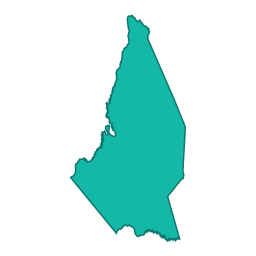 the district of Carurú, Vaupés, Colombia
{"feature_id": "7082276B59007066817761", "entity_name": "Carurú", "entity_type": "district", "adm_level": 2, "iso_a3": "COL", "parent_name": "Colombia", "parent_adm1": "Vaupés", "projection": "equal_earth", "projection_center": [-71.474, 1.148], "detail": "fine", "context": "isolated", "style": "filled", "palette": "teal", "viewbox_px": 256, "rotation_deg": 0, "n_neighbors": 0, "source": "geoboundaries", "source_scale": "gbopen_adm2", "svg_char_len": 5901}
<svg xmlns="http://www.w3.org/2000/svg" viewBox="0 0 256 256"><path d="M179.6,238.9L167.6,196.5L181.7,178.9L183.0,178.6L183.3,178.1L183.8,174.8L182.9,171.0L185.3,127.0L173.5,97.9L147.7,38.7L148.0,34.6L148.4,34.1L148.9,33.9L148.9,33.0L149.5,31.8L148.7,30.9L149.0,29.8L148.5,28.4L147.8,28.9L146.6,26.8L146.0,26.3L145.3,26.4L144.9,25.9L144.3,25.9L143.1,24.9L142.3,23.1L141.1,22.6L141.1,22.0L140.4,21.3L140.0,20.1L139.8,20.0L138.8,21.4L137.4,21.7L137.2,21.1L135.6,19.7L134.6,17.6L133.7,17.7L133.0,16.8L132.4,16.5L132.5,15.6L132.4,15.4L131.7,15.9L130.9,15.9L130.3,16.4L128.7,16.0L128.1,16.4L127.3,19.2L128.3,28.0L129.4,31.0L128.8,32.3L128.0,36.3L128.9,38.7L128.4,40.0L129.1,40.8L129.2,42.2L126.1,47.5L124.4,48.1L124.1,49.7L122.2,52.3L122.5,54.1L122.2,55.5L122.4,56.1L121.8,58.2L122.1,59.4L121.8,59.7L121.3,61.3L120.8,61.6L121.1,62.6L120.6,62.6L120.6,63.4L120.2,63.7L120.0,67.6L119.0,68.0L118.8,68.5L117.0,70.3L116.6,71.2L116.1,73.2L116.3,74.0L116.7,74.2L116.3,75.0L116.8,75.8L116.5,77.7L116.7,79.1L116.0,80.8L115.9,81.6L115.4,82.5L115.5,82.9L115.1,83.1L115.4,85.2L115.0,85.5L114.6,85.1L114.4,85.4L114.4,86.7L113.2,87.1L112.9,88.0L113.2,88.3L112.7,88.8L113.0,89.3L112.5,90.0L112.9,90.1L113.0,91.0L112.3,91.3L112.6,92.6L112.3,92.8L112.2,92.2L111.8,94.1L110.9,95.0L111.4,96.0L111.0,96.1L110.9,95.5L110.5,95.9L111.2,97.7L111.0,98.1L110.5,97.3L110.6,99.2L110.2,98.4L109.8,98.6L109.9,99.9L110.4,99.9L110.4,100.5L110.2,100.6L109.3,99.9L109.3,100.7L109.0,101.1L109.3,102.4L109.7,102.6L110.0,102.0L110.3,102.2L109.9,103.3L109.2,103.3L108.1,104.0L107.4,103.8L107.0,103.1L106.7,103.8L106.6,102.9L106.2,103.5L107.2,105.2L106.9,106.9L107.8,106.7L107.7,107.3L106.7,108.0L106.5,108.5L107.4,108.7L107.7,109.5L107.3,110.0L107.4,110.7L107.5,110.9L107.9,110.6L108.0,111.4L107.6,111.7L107.8,112.2L107.5,112.5L108.1,112.4L107.4,113.9L106.4,114.4L106.5,115.1L106.1,115.5L106.3,116.1L106.1,116.7L106.7,117.2L107.4,116.8L107.5,117.8L108.2,117.5L108.0,116.7L108.7,117.0L109.3,118.2L109.0,119.4L109.4,119.3L109.8,119.9L109.6,121.3L109.1,122.0L109.7,122.5L109.7,123.1L110.2,122.7L111.0,123.0L111.3,123.6L111.8,123.4L111.5,124.1L111.6,124.5L111.2,124.9L111.3,125.4L111.6,124.8L112.1,125.0L112.1,126.9L112.6,127.1L112.0,127.7L113.4,128.1L112.6,128.7L112.5,130.1L114.1,130.6L114.7,131.3L115.3,133.5L116.0,134.7L115.9,135.2L115.3,136.0L113.6,136.6L110.5,134.7L108.5,132.2L109.3,128.4L109.4,126.6L109.2,125.7L108.1,125.3L105.7,126.6L105.6,128.8L108.0,133.3L108.0,134.4L107.6,134.9L106.2,134.8L104.7,131.4L104.3,132.3L103.6,132.8L102.8,131.9L102.0,132.1L102.1,132.6L102.6,132.5L103.3,133.2L103.0,133.6L102.3,133.2L102.0,133.5L102.1,133.8L102.5,133.6L102.6,134.1L103.1,134.2L103.0,135.7L102.4,135.1L101.5,135.0L101.6,135.7L102.7,136.2L102.5,136.6L101.9,136.7L102.3,137.5L101.8,138.1L102.3,138.9L103.1,138.0L103.4,138.9L102.4,139.3L103.3,139.7L102.3,140.0L103.1,140.9L102.9,141.5L102.2,141.1L102.4,141.5L102.5,142.5L102.3,142.7L101.9,142.0L101.4,142.4L101.1,143.2L101.2,143.5L101.7,143.4L101.8,144.0L102.4,144.1L102.4,144.5L101.2,144.1L100.6,145.4L101.1,145.9L100.7,146.9L101.2,147.2L101.6,146.9L101.6,147.8L100.2,147.7L99.9,147.4L99.6,147.6L99.2,147.3L99.0,147.6L99.3,148.0L98.3,148.6L98.3,149.1L98.0,149.0L97.9,149.5L97.3,149.2L97.1,149.9L96.8,149.9L96.4,151.6L95.9,151.8L95.7,152.3L95.4,152.2L95.5,152.9L95.0,153.4L95.2,153.8L94.9,153.7L94.7,154.5L94.2,154.8L94.5,155.9L94.1,156.9L93.8,156.8L93.7,157.3L93.2,157.5L93.2,158.1L92.8,158.0L93.0,158.4L92.5,158.7L92.5,159.3L91.9,159.6L92.0,159.9L91.4,160.0L91.3,160.5L90.2,161.5L88.5,161.4L87.7,161.9L87.0,161.9L86.3,161.2L86.6,160.7L86.4,160.3L86.7,160.2L86.4,159.6L85.9,159.2L85.2,159.7L85.3,159.2L84.6,159.3L84.6,158.8L84.0,158.6L83.9,158.1L81.8,159.3L79.6,159.2L78.6,161.3L78.0,161.5L77.8,161.9L77.8,162.5L77.5,163.1L77.1,163.5L76.0,163.6L75.9,165.0L75.4,165.5L75.6,166.5L75.4,167.7L75.8,169.5L75.3,172.6L74.8,174.2L73.0,176.2L71.6,176.7L70.7,177.6L116.4,233.3L117.4,230.3L118.1,230.1L118.8,229.0L120.5,229.2L120.9,228.6L121.5,228.6L122.8,226.9L123.2,225.9L123.8,226.1L124.9,224.7L125.5,224.6L127.0,225.9L127.7,226.1L128.4,225.1L129.2,224.5L130.1,226.1L131.4,226.3L133.7,228.0L134.7,230.0L134.7,231.4L135.2,233.8L136.8,235.8L137.8,236.5L138.5,236.4L139.6,235.6L143.8,234.8L144.8,232.9L145.2,232.8L145.4,233.3L145.3,232.4L145.7,232.0L145.6,231.7L146.0,231.9L146.3,231.5L146.3,232.0L146.5,231.9L146.3,231.2L146.6,230.7L146.9,231.5L147.0,230.6L147.3,230.6L147.2,230.2L147.6,230.2L147.6,230.8L147.8,230.7L147.9,231.1L148.1,230.5L148.6,230.2L149.3,230.6L149.4,229.9L149.8,230.3L150.0,230.0L149.9,230.6L150.2,230.9L150.2,231.5L151.0,231.5L151.1,231.1L151.3,231.5L151.7,231.6L151.7,231.2L152.1,231.1L152.2,231.8L152.8,231.9L152.9,231.4L153.2,232.0L153.4,231.5L153.5,232.2L153.8,231.6L153.9,232.1L154.5,232.1L154.7,232.6L155.3,232.2L155.4,232.8L155.5,232.2L155.9,232.4L156.8,231.7L157.2,232.0L156.8,232.3L157.2,232.6L157.1,233.0L157.5,232.7L157.8,232.9L157.9,232.2L158.2,232.6L158.2,233.4L158.5,233.0L159.5,232.9L159.6,233.3L160.1,233.7L159.8,234.0L159.9,234.9L160.8,235.0L160.7,235.5L160.2,235.4L160.1,235.7L160.9,236.1L161.0,236.6L161.3,236.5L161.5,236.9L161.8,236.9L162.1,237.4L162.3,237.1L162.9,237.7L163.0,237.5L162.8,236.9L162.5,237.1L162.6,236.4L162.9,236.4L162.9,235.6L163.5,235.8L163.8,235.5L164.2,236.9L164.5,236.6L164.4,236.1L165.1,236.7L164.7,236.7L165.3,237.4L165.0,237.8L165.6,238.3L165.1,238.5L165.2,239.0L166.2,239.9L166.5,239.8L167.0,240.6L167.4,240.6L167.3,240.0L167.7,240.1L167.8,240.6L168.3,240.1L168.0,239.9L168.3,239.6L168.2,239.2L168.4,239.0L168.6,239.4L168.6,238.8L168.9,238.4L169.2,239.9L169.6,238.9L169.8,239.3L170.1,238.9L170.6,238.9L170.8,239.6L171.1,239.1L171.6,239.1L172.9,239.9L172.8,239.3L173.6,239.4L173.4,238.8L174.5,239.2L174.6,238.7L174.9,238.9L174.9,239.3L175.3,240.3L175.5,239.6L175.8,239.7L175.8,240.1L176.3,239.8L176.5,238.5L176.8,238.2L177.4,238.8L177.7,238.4L178.1,238.7L178.2,238.1L179.6,238.9Z" fill="#14b8a6" stroke="#0f766e" stroke-width="1.5"/></svg>